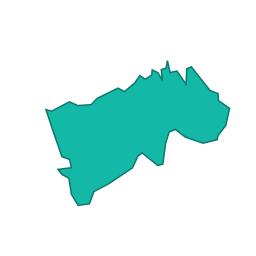 the district of Charles City, Virginia, United States of America, rotated 317°
{"feature_id": "52423323B29460047799431", "entity_name": "Charles City", "entity_type": "district", "adm_level": 2, "iso_a3": "USA", "parent_name": "United States of America", "parent_adm1": "Virginia", "projection": "robinson", "projection_center": [-77.041, 37.362], "detail": "fine", "context": "isolated", "style": "filled", "palette": "teal", "viewbox_px": 256, "rotation_deg": 317, "n_neighbors": 0, "source": "geoboundaries", "source_scale": "gbopen_adm2", "svg_char_len": 794}
<svg xmlns="http://www.w3.org/2000/svg" viewBox="0 0 256 256"><g transform="rotate(317 128 128)"><path d="M185.3,197.4L188.5,194.9L201.2,192.9L215.7,182.9L212.9,169.6L217.3,164.2L213.6,156.5L216.0,126.4L211.4,124.7L200.3,135.5L202.6,119.7L196.6,116.2L202.8,105.6L196.5,110.2L192.2,107.9L185.6,116.7L187.6,107.9L185.3,102.0L181.4,105.5L173.8,104.1L172.5,97.7L163.7,99.6L150.3,99.0L147.9,92.0L125.7,85.3L117.0,85.8L106.6,77.4L103.0,68.9L83.6,63.6L80.5,58.6L71.4,78.5L60.1,103.8L63.8,111.2L59.5,118.4L48.5,110.5L48.1,117.4L50.6,124.3L41.4,137.9L38.7,150.6L48.1,157.1L59.6,151.3L75.9,155.6L104.0,160.2L116.2,155.3L121.3,155.9L124.2,175.7L128.8,178.2L145.2,164.8L155.3,159.0L161.6,161.3L163.7,173.7L172.2,189.7L173.5,190.9L185.3,197.4Z" fill="#14b8a6" stroke="#0f766e" stroke-width="1.5"/></g></svg>